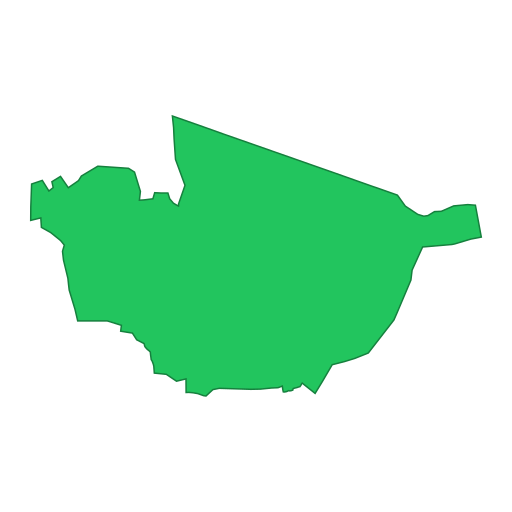 Baure, Katsina, Nigeria
{"feature_id": "59680162B19484855656708", "entity_name": "Baure", "entity_type": "district", "adm_level": 2, "iso_a3": "NGA", "parent_name": "Nigeria", "parent_adm1": "Katsina", "projection": "natural_earth1", "projection_center": [8.765, 12.798], "detail": "fine", "context": "isolated", "style": "filled", "palette": "green", "viewbox_px": 512, "rotation_deg": 0, "n_neighbors": 0, "source": "geoboundaries", "source_scale": "gbopen_adm2", "svg_char_len": 1809}
<svg xmlns="http://www.w3.org/2000/svg" viewBox="0 0 512 512"><path d="M30.7,220.4L40.8,217.9L41.4,227.4L50.6,232.5L59.7,239.8L60.9,240.9L64.3,245.1L62.5,251.3L63.5,260.1L67.9,278.3L68.5,284.1L69.2,290.1L75.0,309.3L77.7,320.9L107.2,320.9L121.4,325.3L120.7,331.2L132.4,333.1L136.7,339.8L144.1,343.6L144.7,346.1L145.3,347.2L147.3,349.4L149.0,350.7L150.3,352.0L150.6,355.1L150.9,357.1L151.2,359.6L152.1,361.0L153.2,363.9L153.8,366.2L154.3,373.1L166.2,374.3L166.3,374.3L176.5,381.2L186.0,378.9L186.1,392.5L188.9,392.4L193.2,392.8L197.8,393.6L203.7,395.7L206.0,396.0L212.9,389.6L219.2,388.3L250.8,389.3L260.5,389.1L271.5,388.0L278.0,387.7L282.3,386.1L282.8,389.6L283.3,391.9L284.5,392.0L286.6,391.6L288.8,390.6L289.6,390.9L291.1,390.7L292.8,390.1L292.9,389.4L293.3,388.5L295.1,388.0L297.2,387.5L298.8,386.9L299.9,386.7L300.3,386.1L301.0,385.1L301.3,384.6L301.4,384.3L301.5,384.0L301.7,383.7L302.0,383.4L302.2,383.1L315.1,393.4L322.2,381.8L332.2,364.7L344.4,361.6L354.8,358.4L368.3,353.0L393.9,320.0L396.8,313.4L410.9,280.1L412.1,270.1L422.6,247.0L451.9,244.5L454.8,243.9L470.8,239.1L481.3,237.1L479.1,225.2L475.4,205.2L467.8,204.6L453.7,205.9L441.3,211.3L434.5,211.6L427.9,215.6L423.8,216.2L417.8,214.4L405.3,206.1L397.4,195.1L376.7,187.8L372.8,186.5L354.4,180.0L346.8,177.3L329.8,171.3L309.8,164.3L295.0,159.1L271.3,150.8L250.8,143.6L223.6,134.1L202.9,126.7L172.4,116.0L173.6,127.7L174.1,139.0L175.5,159.4L185.0,185.3L183.3,190.3L178.5,204.1L178.6,204.8L178.5,206.0L177.0,205.3L173.4,203.2L169.7,198.8L167.9,193.0L160.8,193.0L154.7,192.7L152.9,198.8L144.0,199.9L139.4,200.2L140.4,191.4L134.5,172.1L128.5,168.3L97.8,166.2L81.4,176.0L78.5,180.6L76.0,182.4L68.3,187.7L60.5,176.4L51.9,181.7L53.2,187.6L48.9,191.0L42.3,180.4L31.6,184.0L30.8,206.9L30.7,220.4Z" fill="#22c55e" stroke="#15803d" stroke-width="1.5"/></svg>